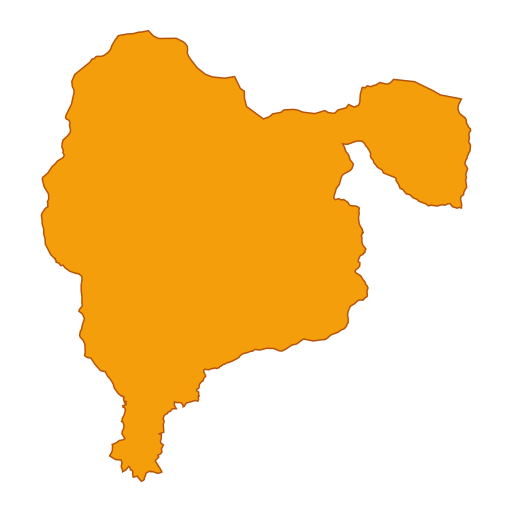 outline of Bulzestii De Sus, Hunedoara, Romania
{"feature_id": "2599482B39197296010274", "entity_name": "Bulzestii De Sus", "entity_type": "district", "adm_level": 2, "iso_a3": "ROU", "parent_name": "Romania", "parent_adm1": "Hunedoara", "projection": "mercator", "projection_center": [22.798, 46.285], "detail": "fine", "context": "isolated", "style": "filled", "palette": "amber", "viewbox_px": 512, "rotation_deg": 0, "n_neighbors": 0, "source": "geoboundaries", "source_scale": "gbopen_adm2", "svg_char_len": 5983}
<svg xmlns="http://www.w3.org/2000/svg" viewBox="0 0 512 512"><path d="M109.6,455.9L115.6,459.6L121.2,460.0L122.0,463.2L121.3,465.5L121.4,467.4L122.4,469.9L122.7,471.8L125.6,470.1L128.9,466.4L130.0,467.6L130.5,470.0L131.3,469.9L132.3,470.5L132.9,472.1L132.6,474.0L133.3,477.2L137.0,476.1L141.3,481.3L143.5,480.3L144.3,479.2L144.4,477.7L145.4,475.9L145.8,473.5L147.7,472.1L150.5,471.1L150.7,471.7L153.4,471.8L157.6,473.4L161.7,472.2L161.7,471.4L160.0,468.4L155.3,461.1L156.1,459.7L158.8,457.1L157.8,455.2L160.3,454.0L161.9,452.1L161.4,448.9L163.4,444.9L161.0,443.3L160.4,441.2L161.1,438.8L161.5,435.7L161.1,434.1L160.0,434.3L159.2,433.8L163.8,432.2L163.3,424.1L163.9,422.7L164.1,420.7L163.1,419.2L164.0,415.8L165.6,414.3L167.5,413.5L168.0,412.1L170.5,411.2L172.3,408.8L176.4,408.7L174.5,405.7L174.3,402.0L177.3,402.7L179.1,402.4L181.4,403.1L183.0,405.0L183.0,406.8L184.2,406.4L186.4,403.0L195.3,400.5L197.5,401.1L198.2,400.8L198.6,399.0L198.1,396.8L199.2,396.1L198.6,394.2L198.7,392.1L196.7,390.9L196.6,389.7L197.2,388.8L198.3,388.7L199.0,387.7L199.4,384.4L201.0,382.1L203.0,380.9L203.8,378.3L205.6,376.4L205.6,375.7L203.6,371.5L203.9,370.0L204.5,369.3L208.8,369.8L210.7,368.9L215.6,368.0L216.5,368.5L219.3,367.6L219.8,366.5L221.0,366.2L223.3,364.4L224.4,364.3L227.4,362.5L228.5,362.6L232.8,360.8L238.7,357.7L240.5,355.3L243.0,353.6L247.1,352.7L250.9,351.2L252.7,351.1L254.6,349.5L260.1,350.0L266.4,348.3L273.6,348.5L279.6,350.9L282.2,351.0L286.4,348.8L291.3,345.3L297.0,343.8L302.9,339.3L304.1,339.1L313.3,341.0L320.6,339.8L324.3,339.7L326.2,339.0L331.2,334.8L338.1,332.2L340.5,330.4L344.7,328.4L346.6,325.8L347.0,324.1L348.1,322.8L348.2,318.2L347.5,315.8L348.0,311.6L350.4,306.1L354.6,303.7L357.5,300.8L359.8,299.9L362.9,300.2L365.3,297.6L367.1,296.6L367.3,294.4L366.9,291.3L368.0,287.9L366.7,285.3L365.5,284.1L365.4,282.8L364.9,281.9L363.5,280.3L360.7,275.8L355.8,272.8L355.1,271.4L355.2,270.6L355.7,269.9L358.0,268.2L359.7,266.0L359.9,262.7L358.3,261.8L358.3,260.2L359.8,256.4L360.6,255.4L362.9,254.5L363.5,253.0L364.8,252.8L365.0,250.7L365.9,249.0L362.8,245.1L361.8,241.6L361.9,237.5L361.3,235.3L362.1,234.4L362.3,233.1L363.0,233.0L363.2,232.4L362.6,232.0L362.8,231.6L362.3,229.4L359.7,225.0L359.0,222.4L358.5,218.1L359.2,213.1L358.8,211.6L359.3,208.3L358.7,207.3L356.0,206.1L350.4,205.6L349.1,204.7L348.2,202.6L343.7,199.5L341.5,200.0L338.5,198.6L335.6,199.7L333.8,198.4L334.2,195.4L335.4,192.0L335.8,189.9L336.5,188.2L339.4,184.3L341.1,177.8L342.1,175.5L343.8,174.0L350.2,170.5L352.0,168.5L353.2,164.7L353.1,163.6L350.1,159.8L348.6,155.0L345.7,151.2L344.7,147.8L342.8,143.8L347.2,144.4L356.9,141.0L362.1,141.2L364.6,143.5L366.0,146.2L367.5,147.5L368.4,149.4L369.0,149.9L370.7,153.6L370.4,155.1L370.7,157.3L373.1,160.1L373.8,162.5L377.7,167.4L382.2,170.0L383.4,172.9L395.4,177.7L395.9,178.3L396.1,180.6L398.5,184.2L400.1,188.4L402.8,189.5L406.3,193.9L410.0,194.7L412.8,197.6L417.2,199.5L418.9,201.2L425.5,203.7L428.7,205.9L431.0,205.1L437.4,206.1L441.1,204.8L445.1,205.1L448.2,203.7L449.8,203.6L450.3,203.8L452.2,206.5L453.1,206.9L456.9,208.1L459.7,207.5L461.4,208.0L461.7,204.7L460.6,199.6L460.9,197.1L461.1,196.4L463.5,194.8L463.9,192.1L465.4,189.1L466.7,187.3L465.6,179.9L466.5,177.4L465.7,174.8L467.6,168.5L465.1,164.2L464.9,163.3L465.8,160.2L467.1,158.2L467.3,155.7L468.5,154.1L468.5,153.1L469.7,151.7L470.1,150.0L470.5,145.1L469.8,144.1L469.8,143.3L468.9,142.7L468.5,141.1L469.4,139.0L469.1,138.2L469.4,137.0L468.8,134.2L469.5,132.1L470.6,130.9L470.6,130.1L470.3,128.6L468.6,127.4L467.7,125.0L466.8,123.9L466.2,121.3L466.5,120.6L465.1,117.8L460.0,113.9L459.3,112.9L457.9,108.8L458.5,104.8L461.4,99.0L440.2,94.9L433.2,90.8L414.6,81.7L393.6,79.4L390.6,82.6L388.2,83.9L386.5,84.1L379.8,82.5L375.8,85.0L373.1,85.6L370.9,86.7L367.2,85.8L365.3,87.8L362.3,87.3L360.3,94.2L359.8,102.5L358.5,105.2L354.4,107.2L348.6,104.5L346.3,107.8L338.1,109.9L335.0,113.0L333.2,113.3L328.1,112.5L324.8,110.6L315.0,113.6L303.1,112.2L297.9,110.2L293.8,109.4L284.0,109.9L280.8,112.4L272.5,113.9L270.4,116.0L268.5,117.1L263.4,118.9L246.6,106.6L244.5,98.6L244.3,91.2L240.4,88.6L234.6,76.6L224.5,78.2L212.1,76.9L205.2,74.2L197.3,68.0L190.5,59.2L188.5,56.1L187.2,52.9L187.6,49.7L187.2,46.4L185.2,43.4L183.3,41.8L176.2,38.3L158.6,38.5L153.3,35.9L148.4,30.7L140.9,32.2L139.6,32.0L132.5,33.8L127.5,34.0L118.5,35.6L117.4,36.7L117.1,37.8L115.4,39.5L111.9,45.5L110.6,49.3L108.3,52.2L104.1,55.4L101.1,56.4L97.3,56.3L95.9,56.8L94.2,58.6L92.1,59.1L89.5,62.6L75.3,74.0L74.4,75.3L71.8,81.4L72.3,86.4L73.6,89.1L74.2,91.7L71.5,104.2L66.0,115.3L65.5,117.9L66.6,119.2L68.9,120.2L69.9,122.2L70.0,123.7L69.4,124.8L70.5,130.2L70.4,131.4L69.9,132.9L67.9,135.5L63.0,140.1L62.2,143.3L61.9,147.2L63.2,150.1L62.9,152.8L64.3,155.1L63.2,157.5L57.6,160.9L54.7,164.4L52.4,166.2L47.6,173.3L42.9,177.2L42.2,178.9L44.2,186.8L48.1,193.3L48.6,194.9L48.7,199.1L47.3,202.1L48.0,203.1L47.7,204.0L47.9,206.8L45.5,208.2L42.0,213.3L41.4,215.4L42.2,221.2L42.1,223.6L43.6,228.6L43.8,234.1L45.1,238.9L45.3,244.1L50.8,254.7L54.1,258.0L55.3,258.6L55.1,259.6L56.2,260.7L56.1,262.2L58.8,263.1L60.8,265.6L63.1,265.2L65.1,267.8L69.9,271.3L75.6,273.3L78.7,273.8L81.8,276.3L82.0,280.5L81.2,284.6L81.2,291.0L82.0,296.4L81.9,303.3L82.4,305.7L79.3,309.7L79.0,311.4L82.3,313.7L84.5,318.5L82.4,324.8L81.5,329.4L80.4,331.0L79.6,335.5L80.3,337.2L82.9,340.1L84.4,342.9L85.0,345.4L85.2,352.3L84.6,355.6L87.0,357.4L90.9,358.1L94.9,364.2L100.5,370.6L105.3,371.7L107.7,376.3L110.0,378.7L113.0,383.5L114.5,388.5L118.5,393.8L121.1,395.8L121.9,395.8L122.4,396.7L123.4,396.4L124.0,397.3L123.5,399.1L123.7,400.2L124.2,401.1L125.7,401.5L124.3,402.1L124.6,402.9L126.2,403.3L126.3,403.9L126.0,404.6L122.8,405.7L123.2,407.4L124.1,406.9L125.6,409.7L125.1,410.3L125.3,411.2L124.1,414.9L122.7,417.6L122.2,419.1L122.2,420.4L121.5,421.4L122.8,422.1L123.9,424.8L123.9,426.7L123.7,428.4L122.3,431.3L122.0,433.9L125.0,438.6L122.6,440.0L119.5,440.4L116.7,442.6L112.2,444.5L112.5,445.5L112.4,450.2L111.6,452.4L109.6,455.9Z" fill="#f59e0b" stroke="#b45309" stroke-width="1.5"/></svg>